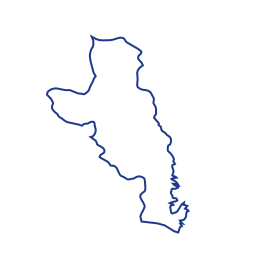 the County of Halland, rotated 203°
{"feature_id": "SWE-187", "entity_name": "Halland", "entity_type": "County", "adm_level": 1, "iso_a3": "SWE", "parent_name": "Sweden", "parent_adm1": "", "projection": "natural_earth1", "projection_center": [12.697, 56.977], "detail": "fine", "context": "isolated", "style": "outline", "palette": "blue", "viewbox_px": 256, "rotation_deg": 203, "n_neighbors": 0, "source": "natural_earth", "source_scale": "10m", "svg_char_len": 3595}
<svg xmlns="http://www.w3.org/2000/svg" viewBox="0 0 256 256"><g transform="rotate(203 128 128)"><path d="M138.8,191.5L139.7,190.1L141.0,187.4L141.5,184.8L141.1,182.3L138.1,176.5L136.3,170.9L134.9,169.3L132.0,168.8L129.6,168.9L125.7,170.0L124.1,170.1L122.6,170.0L121.1,169.6L116.0,165.5L115.1,163.9L114.5,161.1L113.0,159.7L111.2,158.6L109.7,156.6L107.6,151.8L108.2,149.0L108.0,147.6L101.6,144.4L101.2,144.0L101.2,143.5L101.2,143.0L101.0,142.7L100.3,142.4L98.7,142.1L98.2,141.8L96.4,139.3L95.3,138.6L92.2,138.1L89.7,136.9L86.0,136.1L84.2,134.6L83.1,132.4L82.8,129.6L83.0,129.0L83.9,127.9L84.1,127.5L84.0,126.8L83.6,125.5L83.5,124.9L83.3,124.2L82.7,123.2L82.0,122.3L78.9,121.3L75.9,119.5L73.5,117.3L73.3,115.0L72.6,114.7L70.7,113.2L72.6,111.3L72.2,109.6L69.3,106.3L69.0,105.3L68.7,102.7L68.7,101.6L68.1,101.5L65.1,101.7L63.9,101.2L67.0,99.2L68.1,98.1L67.0,97.6L64.8,97.6L62.9,97.2L61.1,96.4L59.3,95.1L62.0,95.1L63.3,94.8L64.7,94.3L63.3,93.6L61.8,93.4L58.7,93.3L58.7,92.5L59.7,91.7L60.4,90.9L61.1,90.2L63.3,89.6L63.8,88.9L63.8,88.1L63.4,87.3L63.5,85.8L62.8,84.6L61.7,83.7L60.6,83.0L60.4,82.6L60.1,82.0L59.7,81.5L59.0,81.2L58.2,81.4L56.6,82.0L56.0,82.1L54.3,80.6L55.6,79.0L58.2,77.2L60.1,75.2L55.3,75.2L57.5,74.2L58.4,73.0L58.2,71.6L55.2,67.0L54.7,66.6L53.7,66.7L53.0,67.3L52.4,68.0L51.7,68.3L50.1,70.2L48.7,78.7L47.3,81.2L46.7,79.0L44.5,79.4L42.9,79.4L44.0,76.0L42.9,76.1L41.8,76.0L40.8,75.8L39.9,75.2L41.1,74.0L41.0,72.4L40.3,70.4L40.0,68.3L40.3,66.2L41.3,64.8L42.6,63.9L44.0,63.1L42.4,62.1L40.7,61.4L41.3,61.3L42.7,60.5L40.7,59.2L40.0,58.8L41.4,56.9L41.0,51.4L45.2,51.0L56.3,52.7L63.7,51.7L79.0,47.2L82.0,51.3L82.2,53.0L82.2,55.3L81.9,57.4L81.8,61.0L81.9,61.6L81.9,62.0L82.4,63.0L84.7,65.2L87.8,67.4L89.3,68.8L90.1,69.9L90.3,70.9L90.1,72.1L89.7,73.3L88.3,75.7L87.9,76.5L88.1,78.2L88.9,80.3L92.0,86.3L93.1,87.7L94.2,88.2L96.8,88.3L98.3,88.0L99.8,87.3L100.9,86.4L101.9,85.2L102.6,84.2L103.4,83.5L107.7,80.7L108.8,80.5L112.5,81.2L115.5,81.2L116.8,81.6L118.2,82.6L122.7,86.7L124.9,87.6L126.3,87.6L128.9,86.8L129.7,86.8L130.5,87.2L131.2,87.9L132.3,88.6L134.1,89.1L141.9,89.9L142.6,90.1L142.9,90.4L142.9,91.2L142.8,92.0L142.5,92.8L140.6,95.6L140.4,96.9L141.3,98.6L142.8,99.7L145.6,100.3L149.3,100.6L150.1,101.0L151.0,102.1L152.0,103.1L152.9,103.7L158.9,105.1L157.2,106.5L156.8,107.5L156.3,109.3L156.3,111.1L156.6,112.8L157.4,114.4L159.4,117.0L161.0,119.7L161.4,120.0L162.3,120.1L163.5,119.8L164.4,119.2L165.1,118.5L166.7,116.5L167.6,115.9L169.4,115.0L170.0,114.5L170.4,114.0L170.7,113.3L171.0,112.6L171.4,112.2L172.2,112.0L174.0,112.0L186.2,109.7L187.9,109.8L189.3,110.0L192.1,110.8L195.3,111.3L196.1,111.6L197.0,112.0L198.2,113.1L201.9,114.2L204.0,115.2L205.6,116.4L206.5,118.3L206.5,119.9L206.6,121.1L207.1,122.2L210.3,124.8L215.6,127.0L216.1,129.4L215.6,130.9L214.0,133.3L212.1,135.0L210.5,136.0L208.6,136.7L200.4,138.4L196.6,140.0L195.3,140.2L188.7,140.3L187.1,140.4L183.8,141.5L182.1,141.7L181.5,142.0L181.0,142.7L179.8,144.7L179.1,146.2L178.8,148.0L179.0,151.6L178.5,157.8L178.7,159.8L178.6,160.9L178.4,161.6L177.9,162.7L178.1,163.2L180.4,164.8L182.2,166.6L188.8,175.2L190.7,178.3L191.8,180.8L192.5,184.7L192.5,186.4L192.4,187.6L192.2,188.3L192.1,189.3L192.3,190.3L192.6,191.6L194.1,194.9L197.1,197.9L192.2,197.4L189.1,197.7L186.2,198.5L179.1,201.7L176.8,203.1L174.7,204.7L172.9,206.4L170.4,208.2L168.1,208.8L166.6,208.7L165.4,208.0L164.3,207.2L162.9,206.4L149.2,204.7L146.1,203.8L145.5,203.3L145.2,202.5L145.2,201.5L145.6,200.3L146.2,199.2L146.4,198.3L146.4,197.5L146.1,196.6L145.7,195.9L145.2,195.4L140.7,193.2L138.8,191.5L138.8,191.5Z" fill="none" stroke="#1e3a8a" stroke-width="2"/></g></svg>